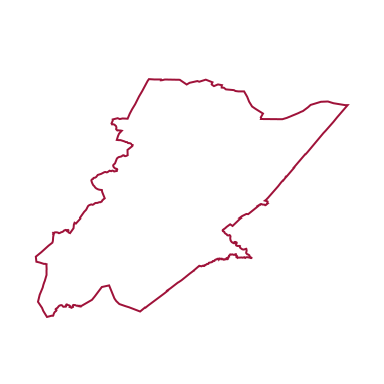 the district of Višķu pag., Daugavpils, Latvia, rotated 176°
{"feature_id": "27541924B4584699907336", "entity_name": "Višķu pag.", "entity_type": "district", "adm_level": 2, "iso_a3": "LVA", "parent_name": "Latvia", "parent_adm1": "Daugavpils", "projection": "robinson", "projection_center": [26.799, 56.069], "detail": "fine", "context": "isolated", "style": "outline", "palette": "rose", "viewbox_px": 384, "rotation_deg": 176, "n_neighbors": 0, "source": "geoboundaries", "source_scale": "gbopen_adm2", "svg_char_len": 6053}
<svg xmlns="http://www.w3.org/2000/svg" viewBox="0 0 384 384"><g transform="rotate(176 192 192)"><path d="M196.4,304.8L211.2,306.1L214.2,305.6L215.3,305.6L215.2,306.4L221.8,306.9L227.1,307.6L228.5,305.9L234.6,296.2L238.1,291.1L242.6,283.5L246.0,278.7L248.6,274.5L251.1,269.6L256.1,270.2L259.0,269.8L261.0,270.8L266.1,269.9L266.1,268.7L267.5,266.0L267.0,265.0L266.0,265.1L264.9,264.7L264.4,264.3L263.2,263.0L262.9,261.7L263.1,260.4L263.3,260.2L263.3,259.9L262.2,258.6L261.3,258.7L260.6,258.5L258.8,258.3L257.8,258.0L260.7,255.3L261.9,253.0L263.4,249.2L261.7,248.9L259.6,248.7L255.6,247.1L254.8,246.5L253.3,246.3L252.4,245.3L250.5,245.0L248.8,244.0L248.6,244.1L248.8,243.9L248.7,243.4L248.6,243.2L248.2,243.1L248.3,242.9L248.0,242.9L248.0,242.6L248.2,242.1L248.7,241.7L253.4,238.5L253.5,236.5L253.6,233.2L255.0,232.6L256.2,232.4L257.0,232.7L257.2,233.2L257.6,233.4L258.1,233.4L258.6,233.3L259.9,232.4L262.8,231.9L264.2,231.0L264.7,230.4L266.8,225.9L268.0,225.0L268.6,224.4L268.8,223.8L268.7,223.2L268.4,222.4L267.6,221.4L266.6,220.6L265.6,220.4L265.1,220.0L265.0,219.6L265.2,219.2L265.6,219.1L265.6,218.2L266.8,218.1L268.2,217.9L268.4,218.2L269.6,218.8L270.0,218.9L271.2,218.4L272.7,219.0L274.7,217.8L275.6,217.5L277.0,218.0L278.0,217.9L281.4,216.4L284.8,215.6L286.6,213.6L287.9,213.0L288.8,213.0L289.4,212.7L289.9,211.9L290.8,211.6L291.4,211.0L291.6,210.4L291.1,208.3L290.7,207.2L290.0,205.6L289.1,204.7L288.3,203.3L287.2,202.2L285.3,201.1L283.6,200.6L281.8,200.3L281.6,198.3L279.5,191.8L280.3,191.2L280.7,191.1L281.3,190.4L282.1,189.9L282.5,189.1L282.7,188.8L283.3,188.6L283.9,188.2L285.2,188.3L287.2,187.7L288.8,187.8L289.9,187.4L291.1,186.5L291.7,186.3L292.2,186.2L293.1,186.6L294.0,186.5L295.5,186.0L296.5,185.4L297.0,184.7L298.8,181.7L301.0,179.7L305.5,174.2L305.2,173.2L310.0,168.6L311.3,169.5L312.1,167.8L312.7,164.1L316.5,159.5L317.9,160.2L318.2,161.1L319.1,161.4L319.4,161.7L319.1,161.9L318.6,161.8L318.0,162.5L318.3,162.8L319.2,162.6L320.7,163.0L321.1,162.9L322.5,162.4L322.9,161.9L323.9,161.3L325.5,160.9L327.1,160.2L328.0,160.3L328.2,160.6L328.6,160.9L329.8,161.2L331.6,161.3L332.1,160.9L332.7,160.7L333.4,161.0L333.5,160.9L333.4,160.7L332.6,160.1L332.8,159.7L333.4,159.1L333.1,158.7L333.6,157.0L334.2,152.9L334.8,151.2L338.8,148.5L346.6,142.4L352.3,138.4L352.1,133.3L348.9,132.3L344.7,130.6L343.5,130.6L342.1,130.1L342.3,129.3L342.4,125.0L342.6,124.0L342.9,119.4L345.2,113.2L345.6,112.5L346.8,109.6L347.6,107.1L351.1,100.1L353.3,93.2L349.7,86.9L348.6,83.6L345.4,77.5L340.5,78.4L339.3,78.2L338.8,78.9L338.6,79.7L337.8,81.2L337.1,82.0L335.9,82.8L335.4,83.6L335.5,83.8L336.2,84.4L336.1,84.8L334.1,86.0L333.2,87.1L332.2,87.9L331.3,88.1L330.5,88.3L329.7,88.1L328.4,86.5L327.7,86.4L326.6,86.7L326.4,86.5L326.0,86.4L325.7,86.5L325.6,86.9L325.6,87.5L325.4,87.8L325.3,88.4L324.8,88.6L324.3,88.4L323.7,87.8L322.7,87.6L322.1,87.2L321.8,87.0L321.6,86.4L322.0,85.8L321.0,85.4L320.4,84.9L319.0,85.5L319.3,86.0L319.2,86.2L318.6,86.4L318.5,86.6L318.8,87.1L318.7,87.3L318.0,87.6L316.3,87.3L315.2,86.6L313.8,86.6L313.5,86.1L312.7,86.2L312.8,86.0L312.5,85.8L311.7,85.7L311.8,85.9L311.6,85.9L311.2,85.6L299.3,91.4L296.3,94.6L288.6,103.5L281.2,104.6L276.8,91.2L275.2,88.5L272.3,85.3L266.2,82.7L262.6,81.3L252.1,76.4L246.9,80.1L246.5,79.8L244.0,81.6L226.6,92.8L223.1,95.2L223.5,95.5L220.4,97.3L212.3,102.7L211.9,102.8L208.6,104.7L200.0,110.7L196.6,112.9L196.0,113.2L196.1,113.3L190.0,117.8L189.7,117.5L188.9,117.6L187.8,117.2L186.5,117.7L185.8,117.4L184.9,117.4L184.7,118.1L183.8,118.1L183.3,118.5L182.5,118.7L182.0,119.2L181.0,119.1L180.6,119.3L180.1,120.2L177.3,120.6L177.1,120.8L176.5,120.9L176.3,121.4L175.9,121.7L174.5,121.7L174.4,122.1L173.8,122.6L172.9,123.0L172.3,123.0L171.4,123.6L170.2,123.6L170.2,123.3L169.6,123.5L169.6,122.9L168.9,123.5L167.6,123.4L167.2,123.4L167.2,122.9L166.4,123.0L165.4,122.3L165.1,122.3L164.7,122.7L164.2,122.3L163.9,122.3L163.4,122.6L162.9,122.6L162.7,123.0L161.7,122.5L161.2,122.5L160.9,122.8L161.6,123.3L161.6,123.7L160.9,123.7L160.1,124.8L159.5,124.9L159.5,125.9L158.6,126.5L158.4,126.9L158.2,127.1L157.0,126.8L156.3,127.0L154.8,126.4L154.4,126.5L153.9,126.4L153.1,126.9L152.7,126.9L152.8,126.2L152.3,126.0L151.9,125.4L152.4,125.2L152.0,124.7L152.0,124.4L151.7,124.2L152.0,123.7L151.8,123.6L151.4,123.8L151.1,123.3L150.9,123.5L150.7,123.3L146.8,123.2L145.9,122.9L144.4,123.3L144.0,123.0L143.8,122.6L143.5,122.5L143.0,122.9L142.2,123.1L141.5,123.1L139.0,122.5L138.1,122.0L136.6,121.9L138.3,122.9L139.0,123.9L139.2,124.8L140.1,125.6L141.2,126.0L142.2,127.3L142.2,127.8L141.6,129.6L141.7,131.3L141.9,131.6L143.7,131.1L144.5,131.0L145.2,131.1L146.1,131.5L147.7,132.9L148.1,133.6L148.2,134.2L147.9,134.7L148.1,134.9L150.6,135.0L151.6,135.6L151.8,136.0L151.8,136.3L150.9,138.1L151.1,138.6L152.0,139.1L152.8,139.2L153.4,138.9L152.9,138.4L152.9,138.2L153.5,137.9L154.2,138.1L155.8,139.2L156.6,140.4L156.9,141.2L157.1,143.1L156.7,145.2L157.2,146.1L157.5,146.4L158.6,146.1L159.2,146.2L159.8,146.4L160.3,147.3L161.7,148.3L162.4,149.2L162.6,150.0L163.9,150.8L164.1,151.3L163.9,152.0L161.2,153.7L160.0,154.7L156.2,157.1L153.9,155.3L146.4,161.5L145.2,162.3L146.4,162.8L143.9,164.4L139.3,166.3L137.5,166.0L127.1,173.2L127.5,173.5L124.9,174.9L124.6,174.6L123.9,175.2L122.2,174.5L120.4,174.3L119.9,173.7L119.4,173.8L117.7,175.0L118.1,175.1L117.2,176.5L117.2,177.0L117.4,177.4L119.8,178.3L118.6,179.1L116.6,180.9L105.7,191.7L102.4,195.4L100.5,197.2L100.3,197.0L97.1,200.4L97.4,200.6L97.0,201.0L96.6,200.8L95.0,202.4L88.5,209.0L88.8,209.2L76.4,221.8L76.1,221.7L74.2,223.5L56.8,241.6L54.4,243.8L46.1,252.0L42.1,256.3L30.7,267.8L33.3,268.0L44.7,270.7L50.1,272.8L57.1,273.0L67.6,270.6L70.4,268.4L75.7,265.0L77.6,264.4L80.6,263.2L92.3,259.3L96.8,258.3L118.1,260.0L117.8,260.7L118.2,261.6L115.7,265.3L122.7,270.4L126.1,273.1L128.7,278.1L130.3,283.1L133.0,288.7L138.6,289.1L141.6,289.7L143.1,290.7L151.0,292.0L153.0,293.8L155.1,294.1L155.0,296.0L154.7,296.5L158.6,297.5L162.7,296.1L164.4,297.4L164.9,298.2L163.9,300.0L170.4,303.1L177.1,301.5L178.9,302.3L186.8,301.1L189.8,299.6L196.4,304.8Z" fill="none" stroke="#9f1239" stroke-width="2"/></g></svg>